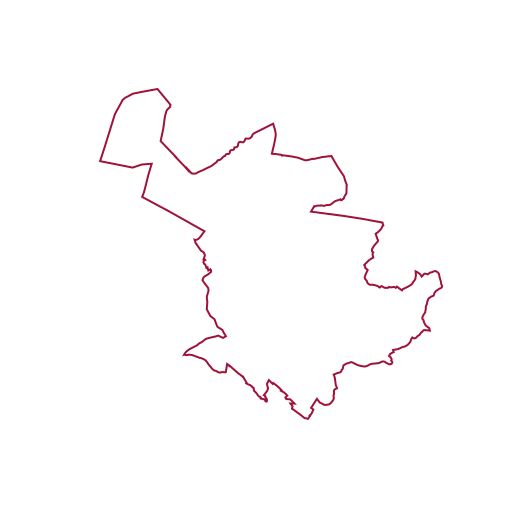 outline of Esperanza, Puebla, Mexico, rotated 26°
{"feature_id": "50627088B28279435846357", "entity_name": "Esperanza", "entity_type": "district", "adm_level": 2, "iso_a3": "MEX", "parent_name": "Mexico", "parent_adm1": "Puebla", "projection": "albers", "projection_center": [-97.349, 18.857], "detail": "fine", "context": "isolated", "style": "outline", "palette": "rose", "viewbox_px": 512, "rotation_deg": 26, "n_neighbors": 0, "source": "geoboundaries", "source_scale": "gbopen_adm2", "svg_char_len": 6105}
<svg xmlns="http://www.w3.org/2000/svg" viewBox="0 0 512 512"><g transform="rotate(26 256 256)"><path d="M290.7,140.3L282.0,134.5L280.0,133.0L278.4,134.2L277.5,134.5L275.0,136.3L272.3,137.9L267.0,142.2L265.1,143.6L264.0,144.1L260.3,147.2L258.8,148.2L257.7,148.5L250.4,149.3L246.7,150.3L244.1,151.0L237.5,153.2L236.4,153.5L235.4,154.4L234.5,153.9L228.4,155.9L226.2,156.9L225.4,157.1L223.4,148.0L221.6,141.2L220.6,138.3L219.0,135.9L217.0,133.4L213.4,129.6L200.7,146.2L199.7,148.1L199.9,150.4L199.1,152.7L198.0,153.7L195.2,155.0L195.2,158.4L194.6,159.5L193.6,159.9L191.9,160.2L190.8,161.3L190.8,162.8L191.4,164.9L191.0,166.6L189.0,167.9L189.4,169.8L188.9,170.6L187.1,171.9L186.6,173.1L187.2,174.7L186.7,176.4L185.5,176.9L184.4,177.8L184.3,179.7L183.3,180.6L181.9,184.7L180.8,186.1L180.1,186.2L179.5,187.2L179.5,188.7L176.2,195.1L174.7,196.8L170.7,202.0L167.1,206.2L166.2,207.8L164.6,209.0L162.0,210.0L156.3,207.8L156.9,208.6L152.4,206.7L140.1,202.2L140.3,202.0L119.9,194.5L116.9,182.4L112.9,170.3L111.9,164.5L112.2,163.0L113.5,159.6L113.0,158.6L113.0,157.8L111.2,156.8L94.2,149.1L81.1,158.8L79.0,160.4L74.9,163.5L74.2,164.1L69.0,171.2L67.6,174.6L67.7,175.7L67.1,187.8L67.0,190.4L72.2,224.2L74.3,239.1L106.4,230.6L113.3,223.8L121.8,218.8L123.7,230.4L126.5,243.4L127.4,248.2L127.8,252.8L158.3,254.0L196.0,256.2L198.8,256.3L197.6,263.0L197.1,264.8L196.7,265.9L196.2,266.6L194.4,268.4L193.8,268.4L195.9,270.7L204.2,275.3L207.5,275.7L209.6,277.5L209.9,278.6L210.3,281.8L211.1,281.3L212.0,281.8L211.2,282.4L211.5,284.8L213.0,285.8L214.1,285.9L216.8,288.5L217.4,287.5L219.5,289.9L220.8,288.0L221.3,288.5L221.8,288.5L222.6,289.8L221.0,293.5L218.5,297.3L218.3,298.2L218.3,299.2L218.5,301.2L220.5,302.4L227.0,305.7L228.5,307.8L229.6,314.0L230.8,316.3L232.3,318.4L235.1,325.5L241.4,330.0L246.4,331.0L251.1,335.5L252.6,336.6L258.2,337.2L261.2,339.5L262.8,340.4L264.1,341.3L262.2,344.1L256.9,344.1L254.8,346.2L252.9,347.6L247.3,352.4L244.8,357.5L243.4,359.2L242.1,362.2L236.9,369.1L235.2,372.7L234.8,374.7L234.7,376.1L234.9,375.9L236.0,376.0L237.7,375.1L238.6,374.3L241.1,373.3L242.2,373.0L250.1,372.2L251.2,371.9L252.4,371.7L255.1,371.7L256.3,371.9L258.6,372.9L260.8,374.2L262.5,374.9L263.1,375.3L263.6,375.4L266.3,376.7L268.5,377.2L270.8,376.8L273.2,377.1L274.9,376.5L275.5,375.8L276.2,375.4L277.8,374.6L279.4,374.0L279.8,373.7L277.4,365.8L279.9,366.5L279.8,366.1L281.3,366.4L292.1,369.4L292.7,369.4L294.5,369.7L297.0,370.4L297.1,370.1L297.5,370.2L298.9,371.3L303.1,374.0L303.0,374.7L305.0,374.8L307.6,374.6L308.9,375.0L309.4,374.9L310.0,375.2L310.6,375.7L311.5,375.5L311.9,375.8L313.3,378.0L315.9,378.8L317.9,379.8L319.0,380.5L320.3,380.9L321.4,380.8L322.3,381.1L322.4,381.9L322.6,382.1L323.9,381.7L324.8,381.7L326.7,381.0L327.3,381.4L327.6,382.0L328.1,382.3L328.9,382.4L329.4,382.1L329.2,381.1L328.4,379.9L326.6,378.8L325.9,378.5L325.7,377.8L325.1,377.6L324.1,377.6L325.2,372.4L324.8,369.4L324.3,369.1L322.4,366.8L321.9,366.3L322.0,361.9L327.1,363.6L327.2,362.6L332.3,363.6L337.8,365.4L337.5,366.2L340.7,366.3L343.1,366.9L345.3,367.7L344.4,370.2L345.9,371.3L349.6,369.8L355.3,371.8L351.6,373.5L354.8,375.1L355.3,377.5L356.6,377.6L365.5,379.2L370.7,380.4L373.2,379.7L374.1,379.6L374.7,375.8L374.2,375.7L375.0,373.4L375.0,371.8L374.9,368.9L372.1,368.3L373.4,357.7L376.6,359.3L378.0,359.8L380.1,359.7L382.4,359.9L384.2,359.1L386.3,357.7L387.1,356.7L387.8,355.1L388.5,351.6L388.3,349.5L387.3,348.4L386.8,347.2L386.7,346.1L385.1,342.9L385.1,341.7L386.8,339.3L384.2,336.9L380.5,331.3L379.2,329.8L377.8,328.5L380.4,325.6L381.3,324.9L382.8,323.4L383.2,322.3L382.9,321.0L383.4,319.6L382.6,315.9L384.1,313.5L388.1,309.6L389.9,309.4L392.0,309.5L392.6,309.4L394.2,309.5L395.9,309.4L400.5,308.3L402.7,307.4L404.7,305.3L406.0,303.3L408.0,301.7L413.0,298.7L413.8,297.9L415.3,295.9L416.5,295.0L418.2,294.6L419.4,294.9L423.1,295.0L424.4,294.3L425.2,293.2L425.2,291.9L424.6,291.2L423.3,290.7L423.2,289.7L423.0,289.1L421.4,288.0L419.4,287.6L419.5,285.4L420.6,283.5L421.9,282.1L420.4,280.4L424.6,277.3L427.9,273.2L429.1,272.5L430.8,270.2L431.4,269.0L432.4,265.5L432.1,264.1L432.0,262.2L432.2,260.7L433.5,260.9L434.7,260.5L435.6,259.6L436.3,257.3L437.5,255.3L437.9,252.7L438.5,251.6L439.0,249.5L440.1,248.6L441.4,248.3L442.1,247.8L445.0,246.9L443.5,245.0L443.0,244.8L441.1,244.5L438.9,244.0L437.2,242.8L435.9,241.8L434.7,240.2L433.1,239.5L432.8,239.2L432.3,237.4L432.4,235.1L432.8,232.4L432.1,230.5L431.9,229.3L430.8,226.9L430.7,226.3L430.7,224.3L430.0,222.1L429.9,220.4L429.7,219.8L429.8,218.7L430.3,217.4L431.3,215.7L432.2,214.6L432.9,214.0L433.0,212.6L432.6,211.1L433.0,208.9L433.3,208.1L434.0,207.3L435.0,205.1L436.3,203.8L436.6,202.8L436.7,202.1L436.3,201.3L434.9,200.1L433.1,197.6L430.5,194.8L428.2,191.8L427.5,191.4L425.8,190.9L425.0,190.8L424.1,190.8L423.4,191.2L421.9,192.5L421.3,193.5L420.9,193.7L419.6,194.8L418.5,197.1L418.2,197.3L416.4,197.5L415.4,197.9L415.0,198.2L414.2,201.2L413.9,201.9L412.6,201.0L411.4,200.4L407.8,199.8L406.2,199.8L408.5,203.8L408.7,205.3L409.3,206.7L409.2,207.7L408.7,210.5L408.7,211.4L408.3,213.3L407.6,214.6L405.3,218.0L404.5,218.8L403.7,220.0L402.5,221.3L402.3,222.9L399.2,222.4L396.1,221.7L395.6,223.3L393.9,223.2L390.5,225.3L389.0,225.5L388.5,226.8L385.6,228.2L382.0,228.0L381.4,228.9L381.3,229.8L380.5,230.2L378.8,229.6L375.6,230.1L373.1,230.8L371.4,231.8L369.5,231.9L368.8,231.6L368.0,231.3L366.6,229.9L364.1,228.7L363.2,227.8L362.7,226.3L362.5,219.6L359.4,218.8L358.6,217.5L357.2,216.7L358.8,212.0L359.5,210.1L361.0,207.5L362.1,206.1L360.0,203.4L359.7,202.0L359.8,201.4L358.3,200.9L357.5,199.5L357.3,199.0L357.3,197.9L357.6,195.0L358.7,190.8L359.0,190.0L359.0,188.8L358.5,188.1L357.7,187.5L353.8,183.6L355.4,180.6L356.6,177.0L356.6,173.5L357.1,172.8L356.2,171.8L355.6,171.4L355.1,170.5L335.2,176.0L318.0,181.3L286.0,192.0L286.5,185.7L287.1,185.8L288.6,184.2L289.5,183.5L291.7,182.6L292.3,181.9L295.0,181.2L297.3,179.2L299.8,177.8L300.8,176.7L301.8,174.5L303.1,172.0L307.1,168.1L308.0,168.6L308.7,168.0L309.0,166.7L309.3,166.5L309.5,166.4L309.7,165.3L309.4,164.0L309.8,160.0L306.5,152.8L306.4,152.2L303.1,149.2L300.1,145.8L290.7,140.3Z" fill="none" stroke="#9f1239" stroke-width="2"/></g></svg>